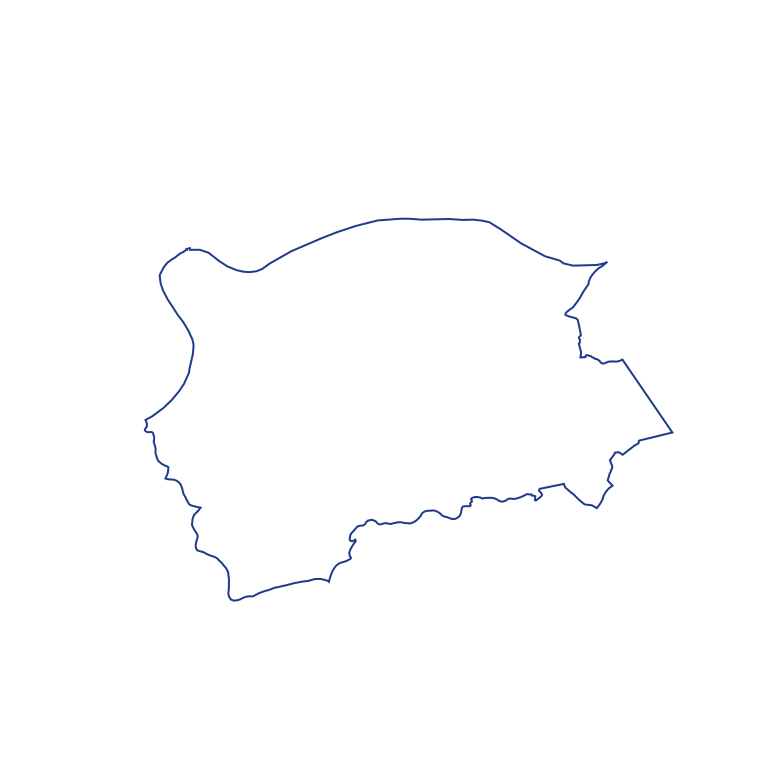 Cicuco, Bolívar, Colombia, rotated 53°
{"feature_id": "7082276B7250300282061", "entity_name": "Cicuco", "entity_type": "district", "adm_level": 2, "iso_a3": "COL", "parent_name": "Colombia", "parent_adm1": "Bolívar", "projection": "robinson", "projection_center": [-74.658, 9.237], "detail": "fine", "context": "isolated", "style": "outline", "palette": "blue", "viewbox_px": 768, "rotation_deg": 53, "n_neighbors": 0, "source": "geoboundaries", "source_scale": "gbopen_adm2", "svg_char_len": 6153}
<svg xmlns="http://www.w3.org/2000/svg" viewBox="0 0 768 768"><g transform="rotate(53 384 384)"><path d="M508.8,547.1L506.8,544.4L505.5,542.6L504.3,540.8L503.0,538.8L502.0,536.7L501.4,535.2L500.9,533.7L500.3,531.5L500.2,529.6L500.3,528.5L500.4,527.4L500.8,525.9L502.0,522.8L502.7,520.6L503.0,519.1L503.3,516.6L503.4,516.3L503.4,515.7L503.3,515.4L502.9,515.1L502.6,514.9L500.9,514.8L499.7,514.4L498.5,513.7L497.4,512.8L496.0,510.5L494.9,508.2L494.2,506.6L493.6,504.9L492.7,501.7L492.2,501.0L491.5,500.7L490.9,500.7L490.9,502.2L490.6,503.7L490.3,504.2L489.8,504.7L489.1,505.1L488.3,505.2L488.0,505.2L487.8,505.1L486.9,504.4L486.0,503.6L484.8,502.2L483.8,500.8L481.9,491.2L482.0,490.4L482.4,489.1L483.0,488.0L484.1,486.3L484.4,485.7L484.5,485.1L484.6,484.5L484.5,483.9L484.4,483.3L483.8,482.0L483.6,481.2L483.5,480.4L483.4,479.1L485.2,475.3L488.5,473.3L491.9,473.0L492.8,472.6L494.2,470.9L495.3,467.8L496.0,466.5L499.7,463.1L502.6,456.5L504.6,453.6L506.9,451.7L511.1,447.1L512.3,443.1L512.4,441.1L512.4,439.7L512.1,437.5L511.7,435.3L511.3,433.9L510.4,431.8L510.2,431.1L510.1,429.9L510.2,428.7L510.6,427.3L511.2,426.0L512.5,424.0L513.7,422.3L514.3,421.2L514.9,420.5L515.7,419.7L517.6,418.5L518.6,418.0L520.8,417.2L522.0,416.9L523.4,416.8L524.1,416.7L524.8,416.4L525.5,416.0L526.1,415.6L526.9,414.8L528.1,413.9L532.3,411.3L533.2,410.4L534.2,409.0L534.7,407.8L535.0,406.0L535.0,404.2L534.7,402.5L533.9,401.0L529.8,396.1L529.5,395.5L529.5,395.1L529.5,394.4L529.7,393.9L531.5,391.2L533.2,389.2L533.3,388.7L533.3,388.4L533.2,388.1L533.0,387.7L532.7,387.6L532.2,387.6L531.8,387.5L531.5,387.3L531.2,387.0L531.0,386.7L530.9,386.3L530.8,385.9L530.9,385.3L530.9,384.9L530.7,384.6L530.5,384.3L530.2,384.1L529.9,383.9L529.0,384.0L528.7,384.0L528.2,383.5L528.0,383.1L528.0,382.7L528.5,380.6L528.9,379.7L529.3,378.9L529.9,378.1L530.5,377.4L531.6,376.4L532.6,375.5L534.7,374.3L535.5,372.5L536.7,370.6L539.1,367.3L540.3,365.9L541.6,364.8L543.1,363.8L544.0,363.3L545.9,362.7L547.2,362.0L548.2,361.3L548.8,360.7L549.2,360.1L549.8,359.0L550.2,357.8L550.4,356.6L550.4,354.8L550.5,354.1L550.7,353.4L551.0,352.8L551.4,352.2L553.4,350.1L554.0,349.3L554.8,348.1L555.7,345.8L556.6,343.1L557.2,340.4L557.5,339.0L557.6,337.8L557.9,336.6L558.2,336.0L558.8,335.0L559.7,334.5L560.3,333.8L560.8,332.7L561.6,332.7L562.3,332.9L563.1,331.9L563.7,331.3L564.1,331.0L564.6,330.9L564.9,331.0L565.2,331.1L567.1,333.1L567.3,333.3L567.9,333.3L568.3,333.0L568.4,332.8L568.5,332.5L568.5,331.9L568.4,326.4L568.2,325.6L567.8,324.9L567.3,324.3L567.1,324.2L566.9,324.2L565.2,324.1L564.2,324.2L562.9,324.5L562.6,324.4L562.1,324.1L561.8,323.8L561.6,323.2L561.5,322.6L572.1,300.4L574.6,301.3L575.8,301.5L583.7,299.8L585.8,299.1L593.7,298.0L600.2,296.4L600.9,296.1L601.4,295.8L603.4,293.6L606.1,290.9L611.2,288.8L610.3,285.3L609.7,283.5L609.0,281.8L608.2,280.1L607.2,278.1L606.7,277.8L605.3,275.6L604.4,273.6L603.6,271.5L603.1,269.3L602.7,267.1L602.7,264.9L602.8,262.7L596.5,263.3L595.6,263.3L591.4,257.7L590.7,256.2L590.3,255.4L589.6,254.7L589.3,253.9L589.0,253.2L587.8,251.8L587.1,251.2L586.6,251.0L583.0,250.2L582.1,249.8L581.4,249.2L580.7,249.3L579.9,246.1L578.9,242.9L578.4,241.7L577.8,240.7L578.5,239.9L578.9,238.9L579.2,238.3L579.7,237.8L580.2,237.3L580.4,237.2L584.1,236.1L583.9,220.7L584.2,219.8L584.4,216.1L583.6,215.5L582.8,214.5L582.9,213.9L596.3,182.9L507.9,178.9L507.6,181.1L506.2,184.6L504.8,186.5L503.5,187.7L502.7,189.4L502.3,189.7L501.4,191.0L500.9,192.7L500.4,194.8L499.6,196.6L498.6,197.6L497.0,198.0L495.6,197.9L492.5,198.8L491.3,200.1L489.3,200.8L488.6,201.3L487.7,201.6L486.1,202.2L483.7,204.0L482.9,204.8L482.7,205.3L482.8,205.9L483.2,206.4L483.4,206.6L483.7,206.9L483.5,207.4L483.1,208.0L482.5,208.6L481.6,210.6L480.9,211.2L478.1,208.1L476.8,207.3L469.0,204.1L468.9,202.9L466.5,200.8L465.6,200.8L464.4,200.5L463.7,199.4L463.7,198.0L463.5,197.4L459.4,195.3L450.2,191.0L449.1,190.7L446.8,191.3L443.3,194.1L440.6,196.1L438.2,197.5L437.2,197.0L436.5,195.0L436.4,191.6L436.5,186.8L433.7,177.2L430.0,168.6L427.3,160.6L425.7,159.1L423.6,155.9L422.3,152.5L421.2,148.0L420.7,143.0L421.1,138.6L420.9,132.1L420.0,135.9L416.9,142.6L403.3,161.7L395.8,168.0L391.1,169.4L378.9,178.5L354.4,189.8L331.5,197.4L318.2,202.5L312.3,207.6L306.4,213.9L300.6,222.1L291.5,232.6L275.0,255.6L268.2,263.2L262.1,271.1L249.6,290.6L240.8,311.4L234.6,329.8L230.1,345.7L222.2,378.0L219.0,402.9L218.8,412.3L217.1,418.2L213.7,424.1L209.7,428.7L204.4,433.2L195.8,438.3L186.8,441.6L173.6,445.1L166.0,450.3L160.1,458.1L158.6,457.3L157.3,460.5L158.2,460.8L157.8,461.3L157.8,464.8L157.1,468.3L157.2,475.4L156.8,478.2L156.8,484.2L158.2,489.6L162.1,497.7L169.3,501.9L176.3,504.2L186.5,505.9L195.2,506.4L204.1,507.1L213.9,507.1L223.5,508.1L233.1,510.2L237.6,512.2L240.6,514.6L245.1,518.7L254.9,530.3L257.6,532.9L263.6,543.8L266.5,552.1L269.0,563.0L270.4,574.4L270.3,588.5L269.2,596.1L272.2,596.9L274.9,598.6L275.0,599.0L275.3,599.4L276.2,601.9L276.7,602.7L277.4,602.8L278.3,602.9L279.4,602.3L280.4,601.5L281.2,600.5L282.3,598.8L283.0,598.2L283.8,598.0L285.8,598.6L287.9,599.4L290.0,601.0L291.4,602.6L297.2,604.8L298.6,605.6L300.9,607.6L303.0,608.6L306.0,609.7L309.5,610.6L313.6,609.7L317.1,608.2L319.5,606.7L320.7,606.3L321.3,606.9L322.9,608.1L325.0,610.3L328.0,615.4L329.7,614.2L334.3,609.1L336.7,607.7L338.8,607.1L341.3,606.8L342.5,607.0L345.7,608.0L351.5,610.4L354.5,610.6L357.7,611.3L362.7,612.0L364.1,611.5L366.7,609.8L372.4,605.0L373.5,608.9L373.8,611.8L374.4,614.7L375.6,616.7L377.2,618.8L379.7,620.9L380.7,622.0L382.3,622.6L384.0,622.8L385.7,623.2L390.8,623.5L392.2,623.8L394.1,624.9L397.2,629.1L399.7,631.7L402.7,633.2L404.5,633.2L406.0,632.2L409.8,629.3L413.5,627.7L417.5,625.3L420.3,623.2L423.1,622.1L426.0,621.9L429.0,621.2L432.1,621.2L435.2,621.0L438.1,621.2L441.0,622.0L443.7,623.7L446.5,625.2L451.5,629.1L454.0,631.0L456.4,633.3L457.8,634.6L460.9,635.8L464.3,635.9L466.8,634.1L468.4,631.4L469.5,628.3L470.0,625.0L471.1,621.8L472.7,619.0L474.7,616.5L475.3,613.0L475.8,609.6L477.8,603.3L479.1,600.3L480.9,594.0L482.4,591.0L483.7,587.9L485.9,583.1L489.0,575.6L492.6,568.3L495.9,562.5L498.1,556.7L501.2,552.4L502.5,551.2L504.1,549.8L507.4,547.3L508.8,547.1Z" fill="none" stroke="#1e3a8a" stroke-width="2"/></g></svg>